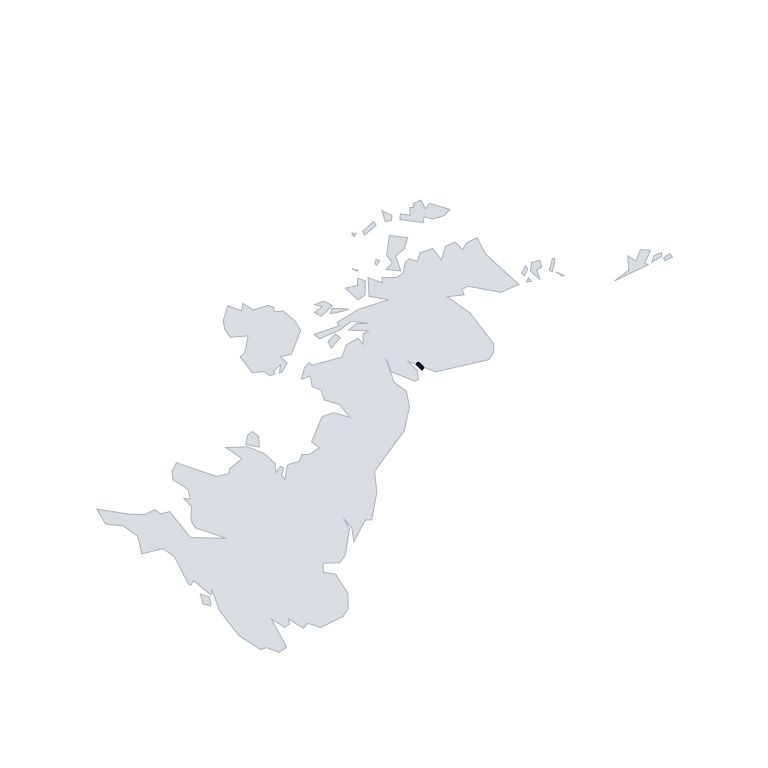 Dundee highlighted on a map of United Kingdom, rotated 52°
{"feature_id": "GBR-2020", "entity_name": "Dundee", "entity_type": "Unitary District (city)", "adm_level": 1, "iso_a3": "GBR", "parent_name": "United Kingdom", "parent_adm1": "", "projection": "mercator", "projection_center": [-2.949, 56.485], "detail": "fine", "context": "in_parent", "style": "filled", "palette": "ink", "viewbox_px": 768, "rotation_deg": 52, "n_neighbors": 0, "source": "natural_earth", "source_scale": "10m", "svg_char_len": 4033}
<svg xmlns="http://www.w3.org/2000/svg" viewBox="0 0 768 768"><g transform="rotate(52 384 384)"><path d="M408.5,603.3L381.0,621.3L372.5,620.1L362.0,611.0L351.0,612.1L355.6,607.5L346.1,603.3L329.7,609.2L322.6,605.1L318.2,596.1L353.7,572.9L359.1,561.6L356.0,558.1L355.2,541.9L336.7,547.7L349.9,529.7L366.0,521.0L380.0,518.9L387.3,523.6L385.1,516.4L388.3,514.7L393.0,521.2L398.4,520.9L388.3,510.0L392.8,498.2L389.0,492.2L393.6,485.9L394.6,474.1L385.1,476.8L371.5,452.9L375.6,441.3L389.3,431.4L372.8,431.7L359.8,440.9L350.4,437.3L342.0,442.2L332.4,437.3L329.4,446.0L322.2,436.7L321.0,429.5L324.8,429.4L336.9,400.7L330.0,389.5L332.1,376.4L339.8,375.9L331.5,369.4L332.9,363.3L319.7,378.7L319.4,368.6L326.6,359.0L314.3,371.3L314.2,385.5L308.8,406.9L302.0,408.5L310.4,383.6L306.7,383.0L309.5,358.0L320.5,328.6L305.7,341.8L290.4,331.0L303.2,323.1L299.0,320.2L307.7,308.5L308.6,300.8L301.2,292.2L300.9,286.9L308.0,282.2L302.8,275.0L307.1,262.2L321.5,262.2L313.4,250.9L315.7,240.6L326.3,239.2L323.7,231.8L326.0,220.7L344.6,223.9L388.7,216.5L383.6,235.6L358.8,257.5L357.3,264.0L363.0,266.0L354.2,280.4L381.0,272.5L420.0,272.9L426.6,278.3L429.3,286.5L406.3,335.7L380.5,351.5L394.1,349.5L401.5,354.1L400.8,357.8L378.8,370.8L365.2,366.9L388.9,375.1L403.2,370.8L417.6,377.9L433.3,396.8L446.9,445.2L464.8,456.2L483.5,477.3L479.6,482.6L489.9,504.9L477.6,498.0L465.1,498.7L476.8,500.4L494.9,519.6L497.6,528.9L487.7,542.4L495.1,547.6L504.1,539.2L526.8,541.4L539.1,550.5L541.9,559.7L537.0,583.7L525.6,591.4L526.9,597.9L510.2,603.9L514.9,605.9L514.7,612.0L499.8,617.4L531.4,622.7L530.8,631.9L519.6,638.8L516.9,644.9L492.8,653.2L461.1,653.1L441.0,646.4L443.6,650.3L421.4,655.1L423.6,660.0L421.2,661.2L390.4,655.5L377.5,659.8L368.7,679.4L352.3,671.8L335.2,676.9L322.8,689.5L305.6,687.5L329.9,664.7L339.9,652.5L341.8,642.3L349.0,639.8L352.5,631.6L386.1,630.8L408.5,603.3ZM294.0,480.9L273.9,480.5L274.0,474.8L262.4,461.5L252.3,476.5L243.3,475.9L235.4,472.0L226.1,459.0L238.6,451.2L233.6,445.5L245.1,441.6L250.6,427.2L255.7,423.6L259.5,426.1L264.4,418.6L279.4,415.3L290.5,416.6L303.7,438.9L298.5,448.6L307.9,447.4L311.5,456.4L311.1,459.6L305.1,453.7L305.6,462.9L308.7,463.5L307.2,468.9L300.2,470.9L294.0,480.9ZM288.3,233.1L284.2,243.7L276.9,249.5L281.0,253.8L264.1,270.1L260.0,266.3L267.3,259.7L260.9,254.9L263.1,252.0L259.9,249.3L261.8,241.6L271.4,243.6L269.8,236.8L287.0,224.6L288.3,233.1ZM290.0,284.7L290.3,296.0L305.2,301.2L295.0,311.9L293.5,302.7L284.3,302.6L270.3,288.4L283.2,275.1L290.0,284.7ZM442.7,91.7L449.2,104.2L452.6,102.4L444.7,138.8L445.0,121.2L433.1,112.9L442.3,109.7L436.0,99.2L442.7,91.7ZM301.7,352.6L284.6,355.5L290.2,344.2L284.4,339.6L291.3,335.2L302.2,344.2L301.7,352.6ZM348.4,515.2L356.9,521.1L346.6,530.3L340.8,523.6L340.3,516.8L348.4,515.2ZM290.5,376.3L291.8,391.8L284.9,394.7L285.0,384.9L278.9,389.6L281.4,380.6L290.5,376.3ZM388.8,187.8L388.2,193.6L398.0,196.7L385.1,199.0L379.1,192.8L382.5,185.0L388.8,187.8ZM323.2,403.6L316.0,401.8L314.7,391.3L320.6,389.9L323.2,403.6ZM452.2,656.8L446.2,662.0L436.3,658.1L444.3,652.6L452.2,656.8ZM295.6,382.9L292.3,378.5L303.4,365.6L301.1,372.0L295.6,382.9ZM256.1,274.1L259.7,277.4L256.8,283.0L246.2,278.9L256.1,274.1ZM254.7,307.7L250.5,306.8L249.6,292.0L254.1,292.6L254.7,307.7ZM452.9,97.9L449.0,92.1L451.3,84.5L454.5,86.7L452.9,97.9ZM399.1,182.3L396.3,183.9L388.7,173.8L391.2,172.3L399.1,182.3ZM385.1,206.7L381.5,207.4L377.8,199.5L381.7,199.8L385.1,206.7ZM461.5,78.5L459.8,86.9L456.8,86.0L457.0,78.6L461.5,78.5ZM408.6,177.1L401.2,179.6L409.3,175.4L408.6,177.1ZM285.7,316.6L283.6,317.2L280.8,313.5L284.3,311.5L285.7,316.6ZM393.7,204.6L391.2,209.0L389.3,204.9L393.7,204.6ZM277.7,336.3L273.3,338.2L279.2,334.0L277.7,336.3ZM249.4,316.5L246.6,317.3L245.3,316.1L248.1,313.4L249.4,316.5Z" fill="#d9dde1" stroke="#a8b0b8" stroke-width="1"/><path d="M396.2,345.3L388.6,346.4L388.6,346.2L388.3,345.4L387.9,345.1L388.0,344.3L388.4,343.6L389.4,343.3L391.4,343.1L392.7,342.7L394.1,342.6L395.4,342.7L395.7,343.2L395.8,344.0L396.1,345.0L396.2,345.3Z" fill="#0f172a" stroke="#020617" stroke-width="1.5"/></g></svg>